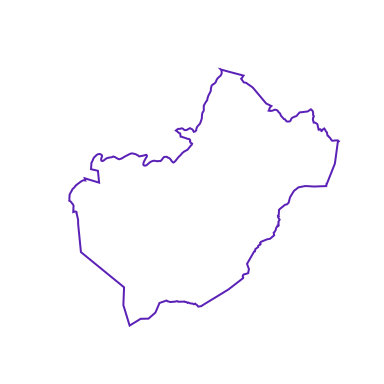 Santa Cruz Zenzontepec, Oaxaca, Mexico, rotated 42°
{"feature_id": "50627088B62885072459196", "entity_name": "Santa Cruz Zenzontepec", "entity_type": "district", "adm_level": 2, "iso_a3": "MEX", "parent_name": "Mexico", "parent_adm1": "Oaxaca", "projection": "equal_earth", "projection_center": [-97.511, 16.47], "detail": "fine", "context": "isolated", "style": "outline", "palette": "violet", "viewbox_px": 384, "rotation_deg": 42, "n_neighbors": 0, "source": "geoboundaries", "source_scale": "gbopen_adm2", "svg_char_len": 6014}
<svg xmlns="http://www.w3.org/2000/svg" viewBox="0 0 384 384"><g transform="rotate(42 192 192)"><path d="M286.9,96.1L279.6,76.4L279.0,75.0L267.6,58.3L267.0,57.3L267.2,56.1L266.3,56.0L265.7,56.3L264.8,57.0L263.4,58.4L262.8,59.3L262.0,59.9L261.4,60.2L259.7,59.8L257.8,59.3L256.9,59.5L255.7,59.1L255.1,59.4L253.9,58.7L253.3,58.1L252.3,57.4L251.1,57.4L250.5,57.2L249.8,56.8L247.8,56.3L247.5,57.1L247.5,60.0L247.1,60.1L246.7,59.7L245.9,59.4L245.2,59.6L244.7,60.2L244.7,60.9L244.0,60.8L243.6,60.3L241.9,59.3L241.3,58.8L240.8,58.4L240.3,58.0L239.6,57.7L238.6,57.8L237.4,58.0L236.7,58.3L236.0,59.0L235.1,58.3L234.3,58.0L233.8,57.5L233.2,57.1L232.6,56.2L232.1,55.5L232.2,54.7L231.6,54.0L230.6,53.8L230.1,53.4L229.2,52.2L227.7,51.2L227.0,51.0L225.0,51.0L224.1,54.7L218.7,60.9L218.7,62.5L218.8,65.1L218.6,66.1L218.2,66.9L217.8,67.3L217.5,68.3L216.8,69.7L216.8,70.7L216.9,71.5L217.5,73.0L217.3,74.2L216.7,74.9L216.0,75.6L215.1,76.1L214.3,76.2L212.6,75.7L211.5,76.3L210.9,76.2L208.1,75.9L206.9,75.8L205.5,74.9L204.2,74.7L202.8,74.7L201.8,74.4L201.2,74.3L199.9,74.5L199.2,74.9L198.4,75.5L197.9,76.7L197.4,77.6L196.6,78.7L195.7,79.5L194.6,80.2L194.4,79.1L193.7,78.2L193.4,77.2L193.4,76.1L193.5,75.0L187.9,76.6L168.7,73.9L166.9,73.7L160.7,74.5L159.3,74.6L157.1,75.9L152.7,74.9L152.8,73.8L152.6,72.5L152.4,71.0L138.4,78.2L131.4,81.7L132.5,81.8L132.4,81.8L133.7,82.9L134.6,83.9L135.0,84.6L135.4,86.6L135.1,88.6L135.0,89.9L135.1,91.3L135.4,92.7L135.9,93.8L136.2,95.2L136.0,96.7L135.4,98.8L135.5,100.0L136.9,102.6L137.7,103.5L138.4,104.5L138.8,106.0L139.8,109.7L140.6,111.5L141.3,112.8L141.9,113.7L141.9,115.1L142.3,116.9L142.6,118.3L143.0,120.0L144.9,122.1L145.7,122.9L146.5,124.3L146.7,126.0L147.6,127.7L148.8,129.2L150.1,130.8L151.7,134.5L152.2,136.0L152.2,137.9L152.2,139.8L152.6,141.3L153.0,142.2L153.8,143.1L153.9,144.7L153.0,146.1L152.1,145.7L150.9,145.3L149.6,145.4L148.7,145.7L147.7,146.0L147.4,147.2L147.0,148.0L146.7,149.0L146.3,149.7L145.4,150.8L144.4,151.1L143.4,151.0L142.1,151.3L141.3,152.2L140.8,153.2L139.5,154.3L139.1,155.7L138.9,157.1L140.4,156.9L141.3,156.9L143.0,156.8L144.0,156.4L146.5,158.5L147.6,157.7L148.4,157.5L149.4,157.0L151.6,156.0L152.6,155.7L153.5,155.3L154.0,154.7L154.8,154.5L156.0,154.7L156.3,155.4L156.8,155.9L157.4,155.9L158.1,156.4L158.8,156.2L159.7,156.0L160.2,157.2L160.1,158.6L160.2,160.3L160.4,163.7L159.9,164.7L159.8,165.2L159.5,166.1L159.1,167.1L159.0,167.8L158.9,168.6L158.7,169.6L158.8,171.3L158.8,172.0L158.8,172.8L158.7,173.7L158.6,175.6L158.7,176.8L158.8,178.7L158.9,179.6L158.8,181.4L158.7,181.9L158.5,182.4L158.2,182.7L157.5,182.7L156.7,182.7L155.9,182.6L155.3,182.3L154.5,182.2L153.7,182.1L153.2,182.0L152.5,182.0L152.1,182.2L151.5,182.3L150.9,182.7L150.2,182.6L149.6,182.8L149.3,183.2L148.4,183.9L147.8,184.8L147.8,185.5L147.8,186.5L147.9,187.5L148.0,188.1L148.0,188.5L147.9,190.1L147.1,190.8L146.2,191.6L145.6,192.4L143.6,193.6L142.6,194.4L141.5,196.2L140.8,198.3L140.6,200.0L140.4,201.8L140.1,203.0L139.2,204.1L138.5,204.4L137.9,204.4L137.3,204.0L136.8,203.3L136.3,202.4L135.9,201.3L135.7,200.5L135.4,199.4L135.1,198.0L134.9,196.7L134.5,195.5L134.0,195.1L133.3,194.9L132.7,195.6L131.6,197.3L130.8,198.5L130.0,199.5L129.1,200.7L128.5,201.0L127.7,200.9L126.6,201.2L124.9,201.6L123.7,202.2L122.9,202.6L121.4,203.6L121.1,204.0L120.4,205.2L118.1,211.3L117.3,214.2L116.1,216.2L115.4,216.7L113.1,217.3L111.6,217.5L109.7,218.3L109.4,219.3L108.8,220.2L107.3,222.0L106.3,223.5L105.9,224.4L105.7,225.4L105.3,227.6L105.0,228.5L104.7,228.9L103.9,229.4L103.0,228.9L102.5,228.4L102.0,227.6L101.7,226.6L101.2,225.5L100.4,225.0L99.3,225.0L98.2,225.5L97.6,225.8L96.8,227.0L96.6,227.5L96.3,228.5L96.3,229.6L96.2,230.7L96.1,232.1L96.3,232.9L97.1,235.1L97.8,237.7L101.7,242.6L107.9,239.2L116.7,247.2L103.1,253.6L104.9,254.8L104.5,255.0L104.1,255.4L103.6,255.8L103.4,256.2L103.2,256.6L102.8,257.4L102.6,258.0L102.5,258.6L102.2,259.8L102.0,261.2L101.6,262.6L101.6,263.5L101.3,264.1L101.4,264.3L101.4,264.6L101.4,265.0L101.3,265.3L101.3,265.8L101.4,266.1L101.4,266.4L101.5,267.0L101.5,267.6L101.4,268.0L101.4,268.4L101.3,269.6L101.3,269.9L101.5,270.7L101.5,270.9L101.8,271.6L101.9,272.2L102.0,272.4L102.1,273.3L102.2,273.7L102.4,274.3L102.6,275.2L102.8,275.5L102.9,275.8L103.1,276.1L103.2,276.5L103.3,276.7L103.9,277.1L104.2,277.6L104.8,278.4L105.4,279.1L105.7,279.3L105.9,279.5L106.5,280.4L106.6,280.6L107.9,280.3L108.3,280.3L111.9,280.9L113.2,281.5L117.2,286.4L117.6,285.8L117.9,284.9L118.4,284.5L119.2,284.2L119.8,284.2L120.3,285.1L120.6,285.1L122.0,286.1L126.1,289.0L127.7,290.8L129.7,292.8L149.7,311.0L205.3,308.3L216.7,322.0L235.0,333.0L238.7,320.6L244.4,315.2L245.5,306.1L242.1,296.2L245.7,289.7L247.1,289.5L247.7,289.1L249.2,288.5L249.9,287.8L250.6,287.3L251.1,286.4L251.6,286.0L252.1,285.5L252.6,285.1L253.0,284.4L253.3,283.9L253.5,283.6L253.8,283.4L254.1,283.0L254.4,282.8L255.2,282.8L259.2,279.0L259.6,278.5L260.0,278.5L260.4,278.4L261.0,277.8L261.4,277.7L261.9,277.4L262.6,277.3L262.9,277.4L263.4,276.5L264.6,276.2L265.2,275.9L265.7,275.5L266.3,275.2L266.7,274.8L267.1,274.5L268.3,274.3L268.8,273.7L269.1,272.8L270.1,272.9L271.6,272.7L272.3,272.8L273.3,273.0L274.1,272.1L275.4,270.4L275.5,269.9L275.5,269.5L284.3,240.0L287.6,221.8L287.3,221.3L286.4,221.0L285.7,220.1L285.5,218.9L286.1,218.0L286.3,217.5L287.2,216.3L287.7,215.2L287.9,215.0L287.9,214.4L286.3,212.0L286.1,211.4L285.9,211.2L281.0,208.6L278.0,194.7L278.5,194.0L277.3,192.1L278.0,188.6L277.3,188.0L277.4,186.5L277.9,185.7L277.8,184.7L276.7,184.4L276.6,182.9L279.3,177.2L281.3,174.5L282.0,169.2L280.2,167.8L280.0,167.7L279.9,167.5L280.1,166.4L280.0,166.1L279.7,164.4L278.5,162.2L278.5,161.2L278.4,160.5L278.1,159.9L278.9,159.6L278.7,158.7L278.2,158.3L277.8,158.2L277.1,157.4L277.1,157.0L276.2,156.4L275.6,153.9L274.3,153.6L272.7,153.0L272.7,152.0L271.8,152.1L271.5,150.6L269.3,147.9L268.6,147.0L268.7,146.7L268.6,146.0L269.7,139.2L270.8,137.7L271.0,135.4L268.4,130.3L267.0,122.9L267.4,120.9L268.0,117.3L271.9,112.1L273.1,111.0L278.9,106.4L287.8,97.8L286.7,96.2L286.9,96.1Z" fill="none" stroke="#5b21b6" stroke-width="2"/></g></svg>